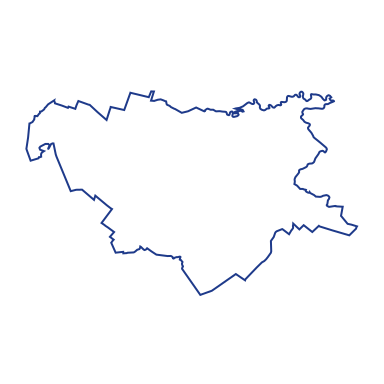 Ciacova, Timis, Romania, rotated 176°
{"feature_id": "2599482B63643580680860", "entity_name": "Ciacova", "entity_type": "district", "adm_level": 2, "iso_a3": "ROU", "parent_name": "Romania", "parent_adm1": "Timis", "projection": "natural_earth1", "projection_center": [21.088, 45.537], "detail": "fine", "context": "isolated", "style": "outline", "palette": "blue", "viewbox_px": 384, "rotation_deg": 176, "n_neighbors": 0, "source": "geoboundaries", "source_scale": "gbopen_adm2", "svg_char_len": 5894}
<svg xmlns="http://www.w3.org/2000/svg" viewBox="0 0 384 384"><g transform="rotate(176 192 192)"><path d="M289.0,286.3L299.0,290.7L299.6,289.6L301.2,286.5L302.6,283.1L309.2,285.8L309.9,284.6L315.8,287.3L322.5,290.0L322.6,291.0L323.2,292.7L323.1,293.0L329.4,289.5L332.0,286.8L333.0,286.1L333.7,284.8L334.8,284.0L336.7,282.8L338.0,282.8L338.3,281.2L339.4,280.4L340.8,278.6L341.2,278.4L342.3,278.8L343.6,278.8L343.8,278.5L343.7,277.7L344.2,276.4L344.3,275.4L346.3,272.9L348.7,271.9L349.0,271.6L349.4,271.6L351.7,257.8L354.2,246.6L353.8,245.0L350.8,234.5L342.8,236.3L342.3,237.4L341.1,237.4L340.0,237.7L340.0,239.5L339.8,240.6L339.5,241.2L338.6,242.1L336.8,243.1L340.6,244.8L341.1,246.4L341.1,246.8L340.1,247.9L334.9,250.2L332.1,250.0L331.2,249.1L331.0,248.3L331.3,247.5L332.4,245.5L332.3,245.2L331.9,245.4L329.3,249.6L327.8,250.2L326.8,250.1L325.3,239.0L324.7,236.7L312.9,201.3L307.4,202.3L301.5,202.0L290.3,191.0L288.7,195.1L277.9,184.7L274.3,181.5L273.0,180.6L284.4,167.4L281.5,165.1L280.6,164.2L278.6,162.7L272.5,157.5L277.0,153.0L273.5,149.9L274.2,149.3L276.1,147.0L272.4,136.8L264.8,137.1L264.8,135.6L261.4,135.6L260.5,135.9L254.6,135.8L254.1,135.9L252.8,136.6L250.7,138.2L248.5,138.7L247.8,139.7L247.4,141.2L246.8,140.8L244.2,137.9L243.3,137.4L242.6,137.6L241.5,138.1L240.7,139.0L236.5,135.5L231.9,132.0L220.8,129.8L217.8,129.7L217.0,129.4L216.1,128.6L215.8,128.3L215.6,127.2L215.1,126.9L214.9,126.9L213.9,127.6L212.0,128.1L211.1,128.0L208.6,128.4L208.1,128.1L208.1,127.8L208.9,125.8L208.9,125.4L207.6,124.7L207.0,123.6L206.4,123.0L206.4,122.7L207.0,121.3L207.0,120.9L206.9,120.0L206.2,118.5L206.3,118.1L206.8,117.7L207.3,116.1L190.9,88.8L179.1,92.1L154.0,107.1L145.2,100.2L144.8,101.2L132.8,112.1L127.2,116.9L124.7,118.1L122.7,119.8L120.8,121.9L117.6,125.8L117.1,127.3L116.7,137.6L116.5,137.9L113.6,141.4L111.9,145.4L111.3,146.2L110.3,146.9L104.6,148.7L104.0,148.3L98.1,143.1L95.5,146.9L95.1,147.2L93.8,148.8L93.6,149.6L93.7,150.8L93.6,151.5L93.3,152.5L93.2,153.4L87.5,147.2L82.9,151.1L74.8,143.7L67.8,149.4L67.2,148.8L54.6,143.9L38.1,137.8L30.9,144.0L30.5,145.2L29.8,146.2L35.2,148.3L39.0,149.4L45.0,157.8L42.7,166.8L48.3,167.5L49.7,167.8L49.7,168.0L50.2,168.1L56.3,167.6L57.1,168.0L58.4,169.0L58.5,169.3L58.4,169.8L57.8,170.6L57.0,174.2L56.0,175.3L55.3,176.9L55.5,177.7L56.3,178.7L57.9,179.5L58.4,179.5L61.5,179.1L63.1,178.4L64.6,178.2L68.8,178.8L70.4,180.4L74.4,182.9L74.7,183.7L75.1,183.1L75.5,183.1L76.3,183.3L77.8,184.2L78.5,185.1L78.6,185.5L78.2,186.2L78.4,186.3L80.6,186.9L81.1,187.3L83.9,187.5L86.7,191.0L89.3,192.8L88.9,194.2L88.7,195.4L88.8,197.2L88.6,198.0L87.8,199.6L84.4,203.3L83.8,204.2L83.7,205.9L83.4,206.4L82.3,207.0L80.0,207.4L76.6,208.8L75.7,209.4L75.1,210.3L74.7,211.4L74.2,211.7L73.0,212.1L70.3,212.1L69.2,212.6L68.2,213.4L67.7,214.4L67.1,215.8L66.6,216.9L63.3,220.9L62.0,223.1L61.1,223.6L59.1,224.0L58.2,223.7L56.8,222.3L56.5,222.2L55.5,223.0L54.5,225.2L54.7,226.2L55.4,227.2L60.4,232.1L66.2,237.5L66.9,238.3L67.3,239.7L68.8,242.8L71.5,246.4L71.8,247.4L71.8,247.8L71.7,248.2L69.9,250.2L69.7,251.0L70.0,251.7L71.1,252.4L73.4,253.2L74.9,254.2L76.1,256.1L77.9,257.9L78.1,258.5L78.0,259.6L77.4,260.3L76.5,260.9L75.8,261.7L75.8,262.0L76.3,263.1L76.4,263.6L76.3,264.4L74.5,266.7L73.6,267.2L72.8,267.4L71.4,267.4L70.1,267.0L68.0,266.6L63.1,267.0L59.9,266.6L56.4,265.9L55.1,266.2L54.4,266.9L54.0,267.7L53.9,269.2L53.2,270.0L52.3,270.3L50.6,270.2L50.1,270.3L47.9,271.3L45.6,272.0L44.1,272.6L44.2,273.0L45.1,273.5L45.7,273.4L47.0,273.6L47.3,273.8L47.8,274.5L48.2,275.6L47.6,275.9L46.5,276.8L46.7,277.0L47.6,278.3L48.3,278.7L48.9,279.0L49.4,278.9L50.5,278.3L51.1,277.7L51.5,277.0L51.8,274.7L53.2,274.1L53.6,274.3L55.2,276.1L55.8,277.3L56.3,277.9L57.0,278.6L58.7,279.8L61.8,280.7L64.0,280.8L65.9,281.3L66.3,281.2L66.6,280.6L66.4,278.1L66.5,277.6L67.0,276.8L67.6,276.4L68.9,275.8L70.0,275.0L70.7,274.7L71.2,274.7L71.7,275.0L72.6,276.3L74.1,277.3L74.4,277.7L74.8,279.3L74.7,279.9L74.2,281.5L74.1,282.7L74.9,284.0L75.5,284.4L76.4,284.4L77.1,283.9L77.7,283.1L77.9,282.6L77.9,281.9L77.4,280.9L77.3,280.3L77.6,279.4L77.9,279.1L78.9,279.1L79.3,279.3L80.8,281.4L81.5,281.8L82.4,281.7L83.8,280.4L84.9,280.0L86.1,280.1L88.9,281.1L89.7,281.0L90.1,280.7L90.6,279.9L91.1,276.4L91.5,275.8L92.3,275.3L93.5,275.1L96.3,275.6L96.8,275.5L97.1,275.2L97.2,274.9L97.2,274.5L96.9,273.1L97.2,272.5L97.9,272.3L99.5,272.8L101.0,272.6L102.3,271.9L103.7,270.6L104.1,270.4L105.1,270.6L105.8,271.2L107.1,272.8L108.1,273.4L108.8,273.5L109.2,273.2L109.5,272.7L109.4,272.2L108.9,270.8L109.0,270.2L109.6,270.0L111.4,270.0L113.3,268.7L114.5,268.4L116.5,269.1L117.9,270.1L118.4,271.3L118.4,271.9L118.2,273.0L118.3,273.6L118.7,274.5L120.4,276.2L120.9,276.8L121.1,278.3L121.5,279.3L122.1,279.8L123.1,280.1L123.7,279.8L124.0,279.3L124.1,278.8L123.6,276.7L124.4,275.6L125.2,275.5L126.2,275.8L128.5,277.3L129.2,277.4L130.6,276.9L135.1,273.9L138.8,272.6L142.6,272.3L143.0,272.2L140.6,271.3L138.0,271.1L136.5,270.7L135.6,270.2L135.0,268.8L136.0,268.6L137.4,269.5L138.6,269.7L140.5,269.0L141.4,269.5L142.1,269.4L144.0,268.7L144.9,268.2L144.9,267.8L144.5,267.6L140.7,267.4L140.1,265.8L140.6,265.2L141.8,264.5L144.7,264.0L145.7,264.1L146.4,264.9L146.4,265.6L145.8,267.3L145.9,268.6L146.1,269.2L146.4,269.5L147.2,269.5L148.1,269.1L148.6,268.4L148.9,267.3L149.3,266.4L149.7,266.1L150.5,266.2L151.6,266.9L152.0,268.7L152.4,269.4L153.2,269.7L156.1,270.1L158.6,270.7L162.4,270.8L163.1,271.2L165.1,272.6L167.8,272.8L170.4,274.0L170.9,274.0L171.4,273.8L173.1,272.8L173.4,272.4L173.4,271.9L174.1,271.6L182.0,276.0L190.3,272.8L196.7,271.7L203.0,275.9L204.1,276.4L207.1,278.2L208.3,279.5L210.7,280.7L211.2,281.5L211.5,284.2L212.0,284.3L214.3,285.5L216.8,286.6L219.8,286.4L223.4,285.5L226.5,286.0L223.0,294.9L225.7,295.2L228.5,289.6L245.9,295.1L246.2,295.1L246.4,294.9L246.6,295.1L253.9,278.5L267.2,282.5L267.6,281.1L268.0,280.4L272.2,269.8L280.7,278.3L288.0,286.1L289.0,286.3Z" fill="none" stroke="#1e3a8a" stroke-width="2"/></g></svg>